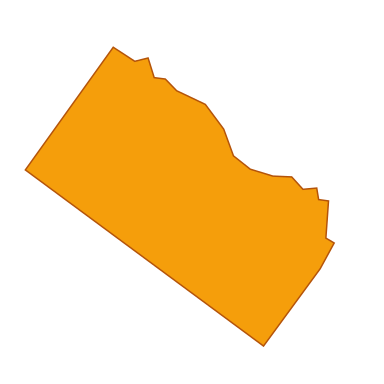 Edwards, Illinois, United States of America, rotated 306°
{"feature_id": "52423323B63371987801895", "entity_name": "Edwards", "entity_type": "district", "adm_level": 2, "iso_a3": "USA", "parent_name": "United States of America", "parent_adm1": "Illinois", "projection": "robinson", "projection_center": [-87.988, 38.413], "detail": "fine", "context": "isolated", "style": "filled", "palette": "amber", "viewbox_px": 384, "rotation_deg": 306, "n_neighbors": 0, "source": "geoboundaries", "source_scale": "gbopen_adm2", "svg_char_len": 429}
<svg xmlns="http://www.w3.org/2000/svg" viewBox="0 0 384 384"><g transform="rotate(306 192 192)"><path d="M111.9,44.2L109.4,340.4L205.3,340.8L234.3,337.0L233.4,327.4L265.0,307.7L260.3,298.9L268.5,290.6L259.4,280.2L262.8,263.8L252.4,248.1L244.7,225.7L245.6,204.3L261.5,180.7L270.7,151.3L264.9,120.1L267.7,104.0L262.3,94.2L274.6,77.7L264.1,68.9L262.8,43.2L111.9,44.2Z" fill="#f59e0b" stroke="#b45309" stroke-width="1.5"/></g></svg>